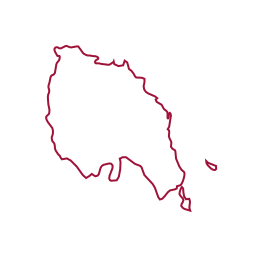 map outline of Vendée (Mercator projection), rotated 201°
{"feature_id": "FRA-5353", "entity_name": "Vendée", "entity_type": "Metropolitan department", "adm_level": 1, "iso_a3": "FRA", "parent_name": "France", "parent_adm1": "", "projection": "mercator", "projection_center": [-1.356, 46.678], "detail": "fine", "context": "isolated", "style": "outline", "palette": "rose", "viewbox_px": 256, "rotation_deg": 201, "n_neighbors": 0, "source": "natural_earth", "source_scale": "10m", "svg_char_len": 2840}
<svg xmlns="http://www.w3.org/2000/svg" viewBox="0 0 256 256"><g transform="rotate(201 128 128)"><path d="M165.1,184.8L163.7,182.7L159.0,182.4L155.0,184.8L155.2,189.7L152.3,188.9L150.3,186.4L148.3,183.5L146.7,183.0L145.6,182.8L142.3,180.8L139.9,178.7L138.5,178.1L132.9,179.9L130.2,179.8L129.0,176.5L128.4,172.6L126.7,169.8L124.2,168.1L121.3,167.5L114.2,167.2L111.4,166.3L112.3,164.4L110.6,162.7L104.9,161.7L101.3,158.6L98.3,157.7L97.0,156.9L96.2,155.6L95.0,152.3L94.0,150.6L94.1,152.5L94.7,155.0L94.8,156.4L94.4,157.1L93.4,156.5L92.4,155.1L90.0,143.8L90.5,141.1L88.8,140.4L87.9,138.7L87.4,136.6L86.8,134.8L85.2,132.9L83.6,131.5L82.3,130.0L81.2,126.0L79.8,124.9L78.0,124.3L76.3,124.1L75.4,123.2L72.2,116.7L66.3,110.5L63.0,108.1L60.3,107.2L59.1,106.2L58.3,103.8L57.9,100.8L57.7,98.1L58.0,94.8L58.7,93.2L61.4,91.2L60.8,89.0L62.4,87.4L66.4,84.8L67.7,82.5L69.5,76.9L70.8,74.1L72.6,72.7L75.0,74.3L81.4,81.8L84.8,84.5L95.9,90.0L101.3,96.2L103.0,97.0L108.6,97.0L119.4,100.0L122.7,98.7L124.2,96.8L124.7,96.5L122.8,93.6L120.5,86.7L119.1,79.3L119.8,75.1L124.9,72.7L126.3,72.9L127.4,74.1L128.1,76.6L128.1,85.1L129.0,87.5L130.8,88.6L132.8,88.2L137.6,84.9L138.5,83.7L139.1,82.2L139.3,80.4L138.7,74.5L139.3,72.6L141.3,71.2L145.4,72.1L146.7,69.6L149.2,66.3L153.2,67.8L162.0,73.6L169.8,77.1L174.1,77.7L178.5,75.1L180.2,76.1L182.0,77.8L183.5,78.2L187.4,81.0L188.8,82.7L190.2,85.6L191.3,87.2L194.1,88.8L195.4,90.8L195.9,92.1L196.0,95.3L196.8,97.9L197.7,99.5L198.6,100.8L204.8,104.7L207.1,106.7L208.0,108.1L208.4,109.0L208.2,109.7L207.9,110.6L206.9,112.6L207.0,114.3L207.9,116.9L210.8,121.5L213.6,127.4L214.1,128.9L214.4,130.2L214.5,131.3L214.4,132.4L214.6,133.7L215.2,135.3L216.5,136.9L217.1,138.1L217.4,139.2L217.6,142.3L218.4,146.9L218.5,148.3L218.3,149.3L217.7,150.2L216.9,150.8L216.3,151.8L216.0,153.4L217.7,161.6L217.7,162.6L217.6,163.6L216.8,166.0L216.6,167.6L217.1,169.8L217.7,170.6L218.5,170.5L219.1,170.1L219.9,170.1L223.5,173.1L224.7,174.6L225.0,175.7L224.7,176.9L223.9,177.7L223.1,178.0L222.6,178.1L221.7,177.9L220.9,177.8L219.9,178.0L219.0,178.5L215.8,182.0L215.0,182.5L214.3,182.6L211.2,182.6L210.1,182.8L207.3,184.4L206.5,185.0L204.9,185.9L203.6,186.3L196.4,181.6L193.6,181.2L191.9,181.2L190.3,181.7L189.7,182.0L186.3,182.6L185.1,183.1L184.0,183.3L182.0,183.4L180.9,182.7L180.6,182.0L181.1,181.1L181.9,180.3L182.4,179.3L182.6,178.2L181.8,177.0L181.0,176.9L179.0,177.7L178.0,178.0L175.7,178.3L169.3,179.9L168.2,180.4L167.5,181.1L165.6,183.9L165.1,184.7L165.1,184.8ZM50.4,80.5L51.5,81.8L55.1,83.7L56.3,84.8L56.8,87.0L57.0,90.2L56.5,92.2L54.8,91.2L53.2,87.7L51.0,84.2L48.3,82.3L45.4,83.8L43.7,81.4L42.1,75.4L40.3,73.1L46.3,72.7L48.3,73.1L50.4,74.4L50.7,76.2L50.3,78.3L50.4,80.5ZM35.9,119.9L40.0,121.7L42.0,123.2L43.1,125.2L40.7,124.2L32.2,124.1L31.0,121.3L31.8,119.9L33.8,119.5L35.9,119.9Z" fill="none" stroke="#9f1239" stroke-width="2"/></g></svg>